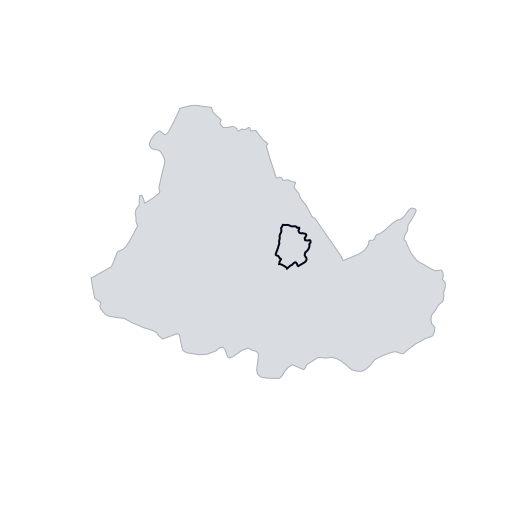 Ziro on a map of Burkina Faso (Equal Earth projection), rotated 236°
{"feature_id": "BFA-2821", "entity_name": "Ziro", "entity_type": "Province", "adm_level": 1, "iso_a3": "BFA", "parent_name": "Burkina Faso", "parent_adm1": "", "projection": "equal_earth", "projection_center": [-1.878, 11.634], "detail": "fine", "context": "in_parent", "style": "outline", "palette": "ink", "viewbox_px": 512, "rotation_deg": 236, "n_neighbors": 0, "source": "natural_earth", "source_scale": "10m", "svg_char_len": 4424}
<svg xmlns="http://www.w3.org/2000/svg" viewBox="0 0 512 512"><g transform="rotate(236 256 256)"><path d="M359.1,326.1L348.4,326.7L344.5,328.2L342.1,328.3L342.0,327.0L341.8,326.2L328.2,321.8L318.7,319.2L309.1,316.4L308.5,319.1L307.1,320.8L305.1,320.9L303.6,320.5L302.7,322.6L301.1,325.3L298.8,326.6L296.6,328.3L295.4,329.8L294.5,329.8L292.3,326.3L289.4,326.0L283.9,326.6L281.5,325.6L278.1,325.2L270.2,325.9L257.5,324.5L255.4,325.2L254.8,325.9L242.3,326.0L228.5,326.2L216.9,326.4L206.8,326.5L206.8,325.9L203.5,325.8L203.2,327.0L200.3,341.0L200.0,348.6L201.5,353.4L203.2,356.4L205.1,357.6L205.3,359.3L203.8,361.5L203.9,363.8L205.7,366.1L206.1,368.5L205.2,371.1L205.4,377.3L206.8,387.0L206.8,393.3L205.5,396.2L206.1,401.2L208.6,408.1L209.0,411.1L208.2,412.5L206.1,414.3L204.0,414.2L201.5,410.0L200.5,408.1L198.5,403.8L196.8,399.5L194.6,397.6L192.3,395.9L189.6,390.4L187.0,387.8L184.3,388.5L180.2,387.5L172.1,386.2L163.3,386.6L159.7,387.8L156.1,389.8L147.0,394.2L143.4,396.4L140.7,401.9L137.6,401.7L134.5,400.0L132.5,397.5L128.4,398.0L124.4,395.6L120.5,390.9L117.7,389.3L114.1,385.9L113.1,379.3L110.8,374.7L108.7,368.3L105.5,365.5L101.9,363.9L96.9,364.3L93.6,361.7L91.0,358.0L91.7,354.7L92.9,350.2L93.1,345.7L93.9,338.6L93.4,329.6L92.6,323.3L95.3,320.7L98.5,318.4L100.5,314.2L102.7,304.6L103.6,296.4L102.9,293.4L101.9,290.9L101.1,287.4L100.6,283.1L101.2,279.3L103.6,275.8L106.7,272.9L108.8,271.5L114.5,270.0L121.6,267.8L125.8,265.4L128.8,262.9L130.5,260.9L132.2,256.9L134.9,253.8L137.1,250.7L137.4,242.0L137.4,237.1L135.8,234.3L135.0,232.0L145.6,225.2L145.6,220.4L144.2,215.0L142.1,210.7L141.4,207.0L144.3,202.6L146.9,199.3L148.8,196.5L153.0,192.3L157.3,191.2L161.2,192.8L172.7,202.8L174.7,203.4L177.1,202.7L180.1,200.0L184.1,197.9L185.6,191.2L185.4,181.4L186.3,176.9L188.4,176.0L195.1,177.9L196.8,178.0L198.7,177.4L200.1,175.7L200.0,172.5L199.7,169.7L201.9,160.5L205.9,153.7L213.9,145.1L216.3,143.4L219.2,142.5L233.5,148.4L235.8,146.9L239.3,132.3L243.2,130.9L247.8,130.7L250.8,129.4L252.4,128.4L259.2,122.9L271.1,115.3L277.5,112.1L278.8,110.9L283.4,105.5L289.5,99.4L293.4,98.2L298.8,97.7L302.2,98.7L303.1,100.5L304.2,101.3L311.2,98.7L321.3,102.9L330.0,107.0L329.4,109.6L329.4,114.1L328.7,121.4L327.9,130.0L331.5,135.7L335.8,141.7L337.0,144.1L335.8,150.0L336.6,153.5L339.0,159.3L342.8,166.7L346.9,174.3L349.6,175.3L352.2,176.0L353.8,177.3L356.2,178.6L358.5,179.5L360.5,181.2L361.8,182.8L363.5,187.5L368.0,190.6L371.1,193.7L369.9,195.2L366.0,194.6L362.3,193.2L361.8,195.5L361.7,204.1L362.3,211.3L363.2,212.3L366.9,213.6L375.7,222.9L383.8,231.7L386.4,234.0L390.9,234.9L395.8,235.3L397.9,234.5L402.7,230.0L405.2,229.5L407.6,229.6L408.9,230.4L411.2,234.0L413.4,239.5L414.0,243.5L413.8,245.7L413.1,246.5L409.2,247.6L407.5,248.4L407.1,249.6L407.7,252.3L408.5,254.1L412.8,262.0L419.0,272.7L421.0,275.4L419.9,278.6L416.8,286.9L414.5,290.4L404.1,302.2L398.9,300.8L388.2,303.2L386.6,300.5L384.1,300.2L381.0,300.6L379.9,301.7L379.5,302.8L378.4,304.5L376.5,309.2L374.9,310.3L373.0,311.1L370.7,311.0L369.3,311.6L369.3,313.9L368.9,315.9L367.3,317.0L366.7,319.2L366.8,321.4L365.9,322.5L363.9,321.9L362.6,321.3L361.5,324.2L360.1,326.1L359.1,326.1Z" fill="#d9dde1" stroke="#a8b0b8" stroke-width="1"/><path d="M265.3,293.0L266.8,295.7L265.2,297.8L264.4,299.1L263.9,299.8L263.2,300.4L262.3,301.0L261.4,301.5L260.3,302.6L258.5,305.4L257.5,305.9L256.9,305.7L256.2,306.1L255.3,307.6L254.0,306.7L253.8,306.1L253.3,305.4L252.2,305.1L251.6,305.0L250.8,305.1L249.7,305.9L248.9,307.3L247.7,308.5L247.0,309.1L246.3,309.6L245.2,309.4L244.5,308.5L244.1,307.7L243.9,306.8L243.5,306.3L241.6,305.6L240.3,307.0L239.7,308.0L239.2,309.3L238.8,309.6L238.1,309.6L237.3,309.2L236.6,308.7L236.4,307.7L235.9,306.7L234.9,306.3L234.1,305.6L233.2,304.6L232.4,303.2L231.8,301.6L231.5,300.1L231.5,299.3L231.5,299.0L231.0,298.4L230.2,297.4L229.4,296.8L228.3,296.6L226.2,296.7L225.2,296.2L224.2,295.1L223.6,293.6L223.6,291.9L224.0,285.3L224.7,285.1L226.2,285.5L228.0,285.6L228.9,285.0L229.0,283.8L228.9,282.5L228.5,281.2L228.6,280.2L228.8,279.5L228.5,276.6L228.2,274.7L228.8,274.8L230.4,274.5L234.1,272.7L235.5,271.7L236.3,270.9L236.4,270.7L238.0,272.2L239.4,275.0L239.9,275.0L240.6,274.4L242.1,274.5L243.7,274.4L244.9,273.4L246.0,273.1L246.9,273.8L250.5,278.9L251.4,279.8L252.4,281.2L253.4,282.4L254.4,282.8L255.4,283.5L256.2,284.3L256.9,285.2L259.7,287.0L260.3,287.8L260.9,288.8L262.0,290.6L265.2,292.6L265.3,293.0Z" fill="none" stroke="#020617" stroke-width="2"/></g></svg>